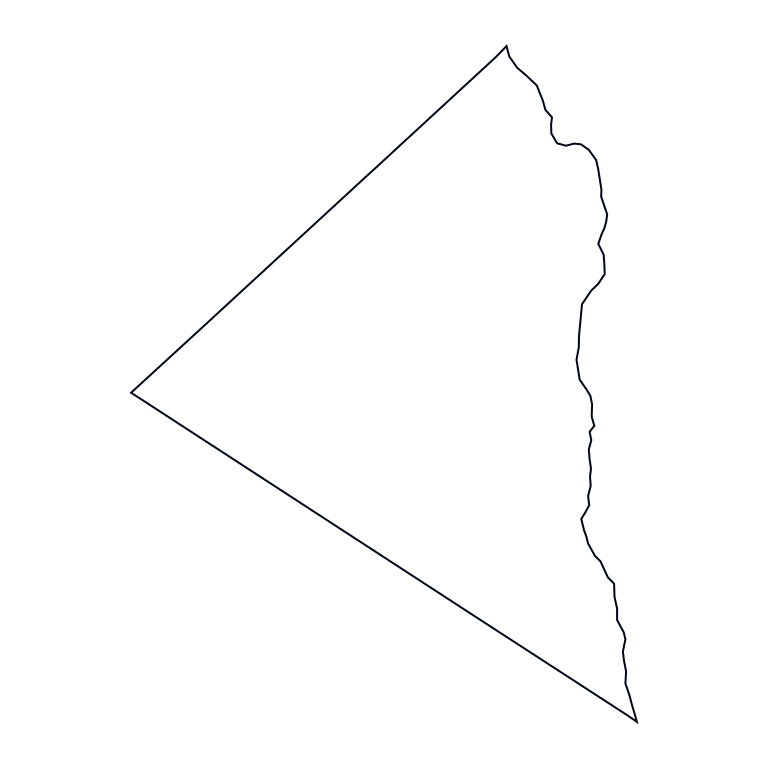 Afonso Cunha, Maranhão, Brazil
{"feature_id": "56859067B15383644969550", "entity_name": "Afonso Cunha", "entity_type": "district", "adm_level": 2, "iso_a3": "BRA", "parent_name": "Brazil", "parent_adm1": "Maranhão", "projection": "albers", "projection_center": [-43.24, -4.219], "detail": "fine", "context": "isolated", "style": "outline", "palette": "ink", "viewbox_px": 768, "rotation_deg": 0, "n_neighbors": 0, "source": "geoboundaries", "source_scale": "gbopen_adm2", "svg_char_len": 1081}
<svg xmlns="http://www.w3.org/2000/svg" viewBox="0 0 768 768"><path d="M636.9,721.9L634.7,714.0L632.1,705.4L629.3,694.8L625.4,683.5L626.1,671.5L624.0,660.7L622.9,651.7L625.4,639.3L623.8,632.5L617.1,620.0L617.1,608.7L614.5,596.9L614.1,583.7L607.9,577.4L604.8,570.7L600.5,561.4L595.0,555.9L588.1,543.6L586.4,536.7L584.1,530.5L581.3,518.9L585.5,512.1L589.2,505.2L588.1,496.0L590.7,485.9L590.0,476.8L591.0,468.6L589.6,459.1L588.8,449.4L591.3,440.2L589.6,431.8L594.3,425.8L591.7,416.7L592.1,404.3L590.3,395.7L586.2,389.0L579.7,379.7L576.5,359.8L578.8,347.3L579.0,336.2L582.0,304.2L591.3,290.5L598.2,283.9L604.7,274.1L604.4,265.1L603.7,254.9L598.3,243.8L601.6,234.3L604.4,228.1L606.2,221.6L607.2,214.4L601.2,196.8L601.4,189.4L598.2,169.0L596.1,160.0L588.8,149.8L580.9,144.3L574.1,143.6L566.1,145.7L557.1,143.3L551.3,133.4L551.1,124.4L552.0,117.4L545.4,109.8L542.8,100.5L536.8,85.5L526.3,75.5L517.2,67.8L509.3,56.5L506.5,46.1L495.9,57.0L370.5,172.6L365.7,176.9L356.6,185.3L196.2,333.0L131.1,392.7L472.8,615.0L627.5,715.4L636.9,721.9Z" fill="none" stroke="#020617" stroke-width="2"/></svg>